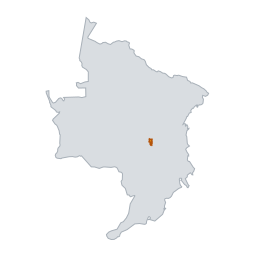 Guaduas, Cundinamarca, Colombia (highlighted), rotated 179°
{"feature_id": "7082276B20706046366755", "entity_name": "Guaduas", "entity_type": "district", "adm_level": 2, "iso_a3": "COL", "parent_name": "Colombia", "parent_adm1": "Cundinamarca", "projection": "orthographic", "projection_center": [-74.64, 5.204], "detail": "fine", "context": "in_parent", "style": "filled", "palette": "amber", "viewbox_px": 256, "rotation_deg": 179, "n_neighbors": 0, "source": "geoboundaries", "source_scale": "gbopen_adm2", "svg_char_len": 4653}
<svg xmlns="http://www.w3.org/2000/svg" viewBox="0 0 256 256"><g transform="rotate(179 128 128)"><path d="M149.0,24.3L146.2,25.5L140.7,27.0L136.9,33.3L134.3,34.4L131.2,38.1L128.8,42.7L127.1,52.1L122.3,60.0L122.7,60.4L124.6,60.0L126.4,59.2L127.1,59.4L127.7,60.8L129.9,61.2L131.7,67.6L135.0,70.9L135.3,72.1L135.8,74.8L134.6,76.4L134.3,82.4L135.3,83.8L137.8,84.4L139.5,88.1L140.5,88.9L142.0,89.5L145.6,88.9L152.2,89.5L153.7,89.4L157.4,88.1L162.0,89.6L165.4,89.8L174.9,100.9L175.8,100.6L177.0,101.2L179.3,100.0L181.4,99.8L184.0,100.4L187.5,100.3L194.6,99.1L195.6,98.5L199.5,99.1L200.6,99.9L201.2,101.9L200.8,103.2L199.5,104.5L198.7,106.2L198.6,108.2L197.9,109.7L196.7,110.7L196.2,112.1L196.5,114.0L195.9,122.4L196.5,123.0L196.9,126.5L198.6,130.9L199.4,132.2L200.8,133.2L203.3,136.9L202.7,138.2L196.4,144.0L196.1,145.3L197.3,144.8L199.3,145.3L199.9,146.7L204.7,150.6L204.7,152.2L206.0,155.2L205.8,155.8L209.1,164.4L209.2,166.2L206.5,166.7L206.4,161.0L206.0,159.8L202.9,154.7L202.2,154.3L200.1,154.9L196.7,158.7L195.1,159.3L193.8,158.8L192.5,156.6L191.7,156.2L190.8,158.1L191.9,159.7L176.7,159.9L173.7,159.2L169.6,160.1L169.6,168.8L176.8,168.8L178.8,171.3L178.6,173.3L178.9,174.0L177.2,174.5L174.7,173.1L170.2,174.8L166.9,175.2L166.7,184.8L168.6,187.2L172.5,189.7L173.1,191.4L172.8,193.1L173.7,195.1L175.0,196.2L175.0,197.4L175.6,198.8L167.9,239.2L165.2,236.8L164.3,234.6L163.0,233.7L160.4,234.4L157.7,233.3L166.6,219.6L166.3,218.3L158.9,215.0L158.1,214.2L154.6,212.4L152.7,212.9L151.6,213.9L148.9,214.1L146.7,212.7L144.1,211.8L141.0,214.1L140.1,214.1L137.9,215.1L135.5,215.5L132.5,214.4L130.0,215.2L128.2,215.0L127.6,214.3L125.4,213.5L125.1,212.6L125.8,210.9L124.8,207.5L124.5,207.0L122.8,206.9L120.8,205.7L120.4,205.0L120.8,203.6L120.5,202.5L118.6,199.8L115.9,199.1L113.3,196.9L110.8,196.1L109.6,194.5L108.5,190.9L105.8,188.1L103.9,187.1L103.3,185.8L101.4,185.7L98.8,183.8L97.6,183.7L96.8,184.6L94.4,183.7L92.4,182.3L90.3,182.0L88.9,181.1L86.3,178.5L83.6,177.3L82.1,177.7L81.5,179.6L80.6,180.0L77.5,179.5L77.0,179.9L76.1,179.8L72.3,178.4L68.6,177.8L67.6,174.6L65.2,173.4L64.5,171.9L62.8,172.0L56.3,169.0L53.6,167.0L51.4,165.8L49.0,163.5L48.6,162.6L46.8,161.3L47.7,159.5L49.9,158.3L52.8,159.3L53.1,157.3L52.1,155.5L52.6,151.5L53.4,150.6L54.9,149.8L55.9,150.1L56.6,149.5L58.9,149.8L59.6,149.5L61.4,147.9L62.2,146.6L63.0,146.7L64.9,144.6L64.6,142.4L66.4,141.9L68.3,138.4L69.1,138.3L69.6,136.6L72.9,130.7L71.7,131.4L70.4,131.0L70.6,129.0L70.2,128.8L69.1,130.3L68.2,128.7L68.5,126.2L67.0,126.7L67.1,126.1L69.2,124.2L70.1,119.9L69.4,118.3L69.0,111.8L68.6,110.6L66.9,108.9L69.7,107.1L70.7,105.7L69.4,102.8L67.8,100.4L67.8,98.9L68.7,99.1L69.2,95.0L68.2,93.5L67.1,93.5L63.4,87.5L62.1,86.2L63.1,83.4L64.3,82.1L64.0,80.0L64.8,80.1L66.3,82.1L67.0,81.8L69.5,79.9L69.6,78.1L71.6,76.3L68.8,70.2L67.9,69.3L69.0,67.3L69.7,67.4L70.7,69.4L72.5,70.6L75.0,74.0L76.1,74.8L75.3,75.5L75.2,76.3L75.5,76.8L77.0,76.9L77.6,76.0L77.2,71.8L76.6,69.8L75.3,68.3L75.7,67.7L78.3,66.7L83.8,62.8L85.7,59.1L87.1,57.7L88.8,56.9L90.7,57.1L92.3,56.6L92.7,55.4L91.7,52.9L92.9,49.4L92.9,47.6L93.6,46.5L93.4,46.1L91.4,47.4L93.4,44.9L94.9,41.1L102.8,34.5L107.9,36.1L109.6,36.0L107.4,36.8L107.1,37.8L107.9,38.8L108.6,39.1L109.3,38.4L111.0,34.5L111.3,32.4L112.0,31.7L113.1,31.4L118.1,32.3L122.9,32.0L130.7,26.4L136.5,24.0L137.9,21.7L138.3,20.0L139.3,19.4L140.4,19.4L141.1,18.4L143.8,16.9L146.6,16.8L149.7,18.0L151.1,20.3L151.4,21.9L149.0,24.3ZM59.0,149.0L58.6,149.3L57.9,148.8L57.7,148.1L58.1,147.6L58.7,147.8L59.0,149.0Z" fill="#d9dde1" stroke="#a8b0b8" stroke-width="1"/><path d="M104.2,112.4L104.3,112.6L104.3,112.8L104.4,113.0L104.3,113.3L104.2,113.4L104.2,113.5L104.3,113.5L104.5,113.7L104.5,113.8L104.4,114.0L104.3,114.3L104.4,114.5L104.4,114.8L104.5,114.9L104.5,115.0L104.4,115.0L104.3,115.3L104.3,115.5L104.2,115.8L104.2,116.0L104.2,116.3L104.3,116.3L104.3,116.2L104.5,116.1L104.8,116.1L105.0,116.2L105.0,116.3L105.3,116.3L105.5,116.2L105.8,116.2L106.0,116.2L106.1,116.3L106.3,116.3L106.5,116.3L106.5,116.5L106.8,116.7L106.9,116.4L106.9,116.2L106.9,115.9L106.8,115.7L106.8,115.4L106.8,115.2L106.8,114.9L106.8,114.7L107.0,114.4L107.1,114.2L107.2,113.9L107.1,113.7L106.9,113.7L106.7,113.7L106.4,113.6L106.2,113.6L106.0,113.4L105.9,113.4L105.9,113.2L105.9,112.9L106.0,112.9L106.0,112.7L105.9,112.6L106.0,112.4L106.1,112.2L106.1,111.9L106.1,111.7L106.1,111.4L105.9,111.3L105.9,111.2L105.7,111.0L105.5,110.9L105.6,110.7L105.4,110.5L105.4,110.4L105.2,110.3L105.1,110.5L105.1,110.8L104.9,110.8L104.9,111.1L105.0,111.1L104.9,111.3L104.7,111.3L104.6,111.2L104.6,111.3L104.7,111.5L104.5,111.9L104.5,112.0L104.3,112.1L104.2,112.3L104.2,112.4Z" fill="#f59e0b" stroke="#b45309" stroke-width="1.5"/></g></svg>